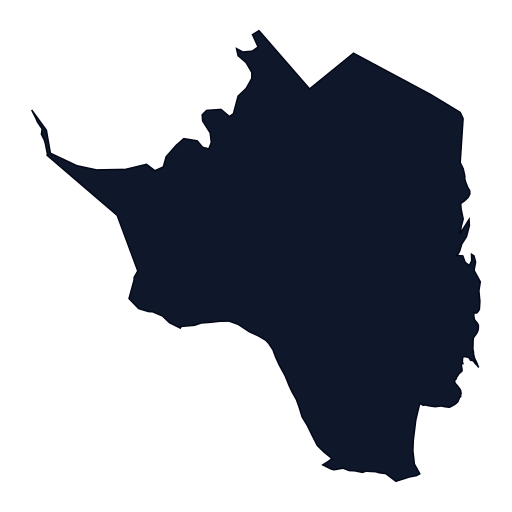 outline of San Cristóbal Lachirioag, Oaxaca, Mexico
{"feature_id": "50627088B73044983414365", "entity_name": "San Cristóbal Lachirioag", "entity_type": "district", "adm_level": 2, "iso_a3": "MEX", "parent_name": "Mexico", "parent_adm1": "Oaxaca", "projection": "natural_earth1", "projection_center": [-96.168, 17.35], "detail": "fine", "context": "isolated", "style": "filled", "palette": "ink", "viewbox_px": 512, "rotation_deg": 0, "n_neighbors": 0, "source": "geoboundaries", "source_scale": "gbopen_adm2", "svg_char_len": 3737}
<svg xmlns="http://www.w3.org/2000/svg" viewBox="0 0 512 512"><path d="M460.2,162.6L463.1,118.5L460.2,112.4L431.0,94.7L353.5,53.2L309.6,88.9L259.0,30.7L252.5,34.6L258.1,47.0L252.3,51.1L242.9,52.0L236.5,48.6L238.1,55.7L246.1,62.6L251.8,72.4L251.8,78.4L246.1,88.5L238.1,96.1L233.4,113.7L229.4,116.5L221.0,109.4L206.6,110.4L202.2,114.8L202.6,120.9L210.2,132.9L211.3,142.5L208.8,148.9L202.5,147.2L202.4,147.0L197.2,140.8L183.8,138.6L176.2,145.3L166.1,156.8L165.2,160.1L163.3,166.9L154.9,170.7L146.5,164.3L124.6,169.6L124.3,169.5L122.9,169.4L96.6,169.9L76.9,165.7L50.4,153.2L46.4,130.2L31.7,110.0L32.4,111.4L36.1,118.7L37.3,121.7L39.6,125.2L41.8,128.4L42.1,128.9L41.4,134.2L44.4,140.3L45.4,143.9L47.4,154.0L47.1,155.3L117.2,215.4L137.8,271.0L134.1,277.4L134.1,279.9L129.0,298.6L138.7,308.6L148.6,311.6L152.7,311.8L162.5,316.0L169.6,322.8L174.3,325.1L180.3,328.1L181.4,326.4L187.7,325.9L194.6,325.3L201.2,323.0L210.7,322.3L219.5,321.3L229.1,321.1L238.2,324.4L249.4,331.8L257.8,335.6L265.7,340.2L268.7,343.4L273.0,349.9L275.5,356.8L279.2,364.9L285.2,375.9L289.1,385.6L292.0,391.8L295.5,398.0L296.4,399.6L297.5,402.6L299.2,407.4L302.1,416.9L307.2,425.3L309.1,429.1L311.6,434.3L313.3,437.6L317.3,445.5L323.9,452.0L326.5,454.1L330.2,457.1L331.8,458.9L326.9,462.3L322.7,464.9L331.0,469.0L334.0,469.8L343.0,468.2L349.3,470.6L354.6,470.8L362.4,472.4L366.3,471.1L369.3,471.4L375.5,471.7L379.3,472.8L385.7,473.6L395.9,481.3L409.2,477.0L416.5,475.6L419.8,473.8L414.4,464.1L412.9,450.8L413.3,440.1L414.5,430.6L415.8,420.0L418.6,408.2L419.9,403.3L423.2,405.3L425.3,405.0L428.3,405.7L432.1,406.3L435.3,406.7L441.0,406.0L443.9,406.5L444.5,406.7L449.5,407.3L455.0,404.3L457.7,401.9L458.0,401.3L459.7,397.3L460.7,396.6L460.6,395.5L461.1,393.3L460.7,390.8L460.0,389.2L457.1,385.4L455.5,383.7L454.9,382.5L454.7,382.3L454.7,380.6L454.8,380.2L455.0,379.9L455.5,379.6L455.8,379.3L456.0,379.1L456.2,378.5L456.8,376.9L457.3,376.2L457.6,375.8L458.0,375.3L458.1,375.1L458.7,374.1L459.3,373.4L459.5,373.3L461.0,372.0L461.5,371.4L462.0,371.0L462.1,370.2L462.0,369.0L461.7,367.2L461.5,366.1L461.6,364.7L461.7,363.8L462.2,363.4L462.9,363.5L462.7,362.9L462.4,361.8L462.4,361.3L462.5,359.1L462.6,358.4L462.8,357.4L463.0,357.1L463.2,356.8L463.6,356.7L464.4,356.7L466.1,356.8L466.8,357.0L467.9,357.2L468.3,357.5L468.7,357.8L469.3,358.1L469.5,358.4L469.6,358.5L469.8,358.9L470.0,359.3L470.3,359.8L470.4,360.1L470.7,360.3L471.6,360.4L472.5,360.5L473.2,361.0L473.7,361.3L474.3,362.2L475.0,363.2L475.3,363.5L475.5,363.8L476.2,364.4L477.0,365.2L477.3,365.6L478.4,367.0L478.8,367.4L478.0,366.2L477.9,365.8L477.8,365.4L477.6,364.9L477.4,364.4L477.3,363.9L477.0,363.4L475.8,360.7L475.4,360.2L475.0,359.1L474.5,358.1L474.3,357.4L474.0,355.7L473.6,354.8L473.5,352.6L473.5,352.0L473.3,351.0L473.1,350.3L473.0,349.5L472.9,348.4L472.9,347.6L473.0,346.2L473.0,344.5L473.0,344.3L473.1,341.0L473.2,339.7L473.3,338.2L473.9,337.2L474.9,335.8L476.0,334.3L477.4,332.0L478.0,330.2L478.3,328.9L478.4,327.4L478.4,326.6L478.4,325.3L477.8,324.1L477.4,323.2L476.7,322.3L475.9,321.5L474.4,319.6L474.3,318.8L474.1,317.7L473.9,316.3L473.8,315.1L473.9,314.4L474.0,312.6L475.0,312.8L475.5,313.0L476.2,313.1L476.4,313.0L476.6,313.0L477.2,312.4L477.3,312.4L478.0,311.7L478.3,311.1L478.7,310.5L479.4,309.4L479.9,301.3L478.9,290.8L480.3,281.8L477.0,275.7L474.1,270.5L474.3,269.0L475.6,262.0L474.0,255.9L471.5,254.3L471.7,260.8L469.2,265.6L465.1,262.2L462.8,255.9L457.0,255.4L459.5,251.6L461.8,244.0L466.5,236.6L467.5,232.8L469.4,225.7L469.1,219.4L460.0,233.8L461.3,226.3L463.2,219.1L461.1,208.9L460.7,203.5L464.6,200.8L465.9,199.5L468.1,197.4L469.9,193.9L469.7,190.6L467.8,187.5L465.9,182.8L464.7,178.8L464.9,176.4L463.2,168.7L462.0,166.3L460.2,162.6Z" fill="#0f172a" stroke="#020617" stroke-width="1.5"/></svg>